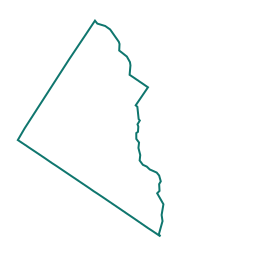 the district of Woods, Oklahoma, United States of America, rotated 214°
{"feature_id": "52423323B10893582659476", "entity_name": "Woods", "entity_type": "district", "adm_level": 2, "iso_a3": "USA", "parent_name": "United States of America", "parent_adm1": "Oklahoma", "projection": "orthographic", "projection_center": [-98.992, 36.696], "detail": "fine", "context": "isolated", "style": "outline", "palette": "teal", "viewbox_px": 256, "rotation_deg": 214, "n_neighbors": 0, "source": "geoboundaries", "source_scale": "gbopen_adm2", "svg_char_len": 873}
<svg xmlns="http://www.w3.org/2000/svg" viewBox="0 0 256 256"><g transform="rotate(214 128 128)"><path d="M70.8,98.9L71.0,102.1L75.6,106.0L79.3,107.1L86.8,105.8L90.9,106.5L95.1,105.8L100.2,107.6L102.7,112.4L108.2,117.3L110.7,122.1L115.0,123.6L118.3,128.4L117.6,130.4L120.2,134.9L122.2,136.4L122.4,140.8L124.2,141.4L132.1,150.8L134.3,151.1L134.2,172.9L156.4,173.0L161.0,181.3L163.2,183.7L168.9,186.6L178.6,187.3L182.0,192.9L183.8,194.3L197.9,199.7L204.0,199.8L211.8,197.4L215.4,198.5L215.3,183.0L215.2,152.0L213.5,69.8L212.6,56.4L180.6,56.5L179.8,56.5L171.7,56.4L166.0,56.5L165.6,56.5L164.9,56.5L151.3,56.5L149.3,56.5L149.2,56.5L127.8,56.5L126.6,56.5L121.2,56.4L117.3,56.5L103.1,56.5L102.3,56.5L79.9,56.4L74.3,56.4L55.8,56.2L49.9,56.3L40.6,56.3L43.0,57.2L47.3,70.1L51.5,74.7L56.0,84.6L67.3,90.2L66.7,93.5L70.8,98.9Z" fill="none" stroke="#0f766e" stroke-width="2"/></g></svg>